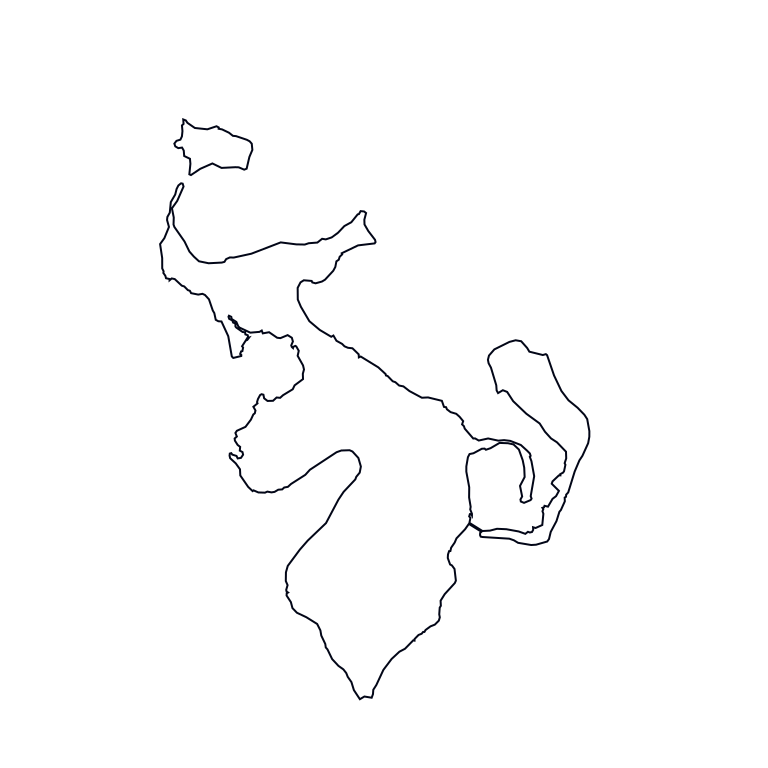 Pangaimotu, Vava'u, Tonga, rotated 167°
{"feature_id": "48082658B58897341989636", "entity_name": "Pangaimotu", "entity_type": "district", "adm_level": 2, "iso_a3": "TON", "parent_name": "Tonga", "parent_adm1": "Vava'u", "projection": "albers", "projection_center": [-174.001, -18.686], "detail": "fine", "context": "isolated", "style": "outline", "palette": "ink", "viewbox_px": 768, "rotation_deg": 167, "n_neighbors": 0, "source": "geoboundaries", "source_scale": "gbopen_adm2", "svg_char_len": 6160}
<svg xmlns="http://www.w3.org/2000/svg" viewBox="0 0 768 768"><g transform="rotate(167 384 384)"><path d="M265.8,348.6L262.0,338.2L252.0,323.0L241.2,310.5L237.9,301.3L233.5,293.4L228.6,288.3L221.9,277.1L223.2,270.5L225.8,266.2L225.4,264.5L228.2,258.5L229.4,257.4L232.6,256.5L232.7,255.3L234.2,255.6L241.7,251.2L243.0,249.1L237.6,240.5L241.6,236.0L245.6,234.2L251.8,227.6L255.0,229.2L255.9,227.8L257.5,227.7L257.0,226.1L258.2,224.4L257.9,221.7L261.5,211.0L268.7,209.6L271.0,210.9L271.4,208.4L273.1,206.5L275.3,206.5L277.0,207.6L280.0,206.2L285.9,210.0L297.5,215.0L306.5,217.5L313.7,217.3L321.1,218.6L332.0,229.5L329.9,234.2L330.8,235.8L329.6,237.9L328.4,237.7L327.9,236.1L327.5,237.7L328.2,242.4L327.2,244.8L326.6,254.3L324.2,264.2L323.5,280.1L322.3,285.2L318.7,293.8L316.4,296.5L312.4,296.4L303.2,298.9L300.5,298.4L299.5,297.0L294.6,297.5L284.7,300.6L276.5,298.4L271.4,296.0L267.3,289.8L266.0,278.5L266.2,270.9L267.9,261.7L274.4,254.1L274.7,243.3L277.0,240.8L277.1,238.7L274.3,236.7L267.3,237.9L266.0,239.1L266.3,241.7L258.4,260.4L257.7,275.6L258.3,280.3L257.3,281.0L257.5,283.5L259.6,286.9L264.4,293.8L273.8,300.2L279.6,302.3L285.4,303.1L294.8,307.5L304.4,307.6L307.5,310.5L309.3,310.8L315.4,322.4L315.6,324.9L317.0,327.1L315.2,330.0L317.7,335.0L320.3,338.7L325.4,341.6L328.4,345.2L328.7,347.4L330.7,348.2L331.4,354.6L344.1,361.0L350.2,362.1L360.8,371.4L365.6,377.3L369.6,379.1L372.5,383.2L374.9,384.7L378.7,391.0L380.2,391.9L380.2,393.3L385.8,401.5L400.5,416.0L402.5,415.6L402.0,418.6L406.7,425.9L411.0,427.4L414.0,429.6L415.8,432.5L420.6,436.8L422.4,442.6L424.8,441.9L434.4,451.1L442.6,462.0L447.6,477.9L449.0,485.7L446.5,497.1L442.5,501.8L438.8,503.1L431.3,500.7L431.0,499.1L428.0,497.5L421.4,497.8L418.0,498.9L408.0,505.7L405.1,509.0L402.8,514.2L400.1,515.3L398.6,517.9L395.6,519.7L395.8,520.9L378.1,524.9L361.5,523.1L360.3,524.2L360.3,526.5L364.9,536.6L367.1,543.8L366.2,548.5L363.0,554.6L364.6,556.6L367.9,557.7L370.2,555.2L371.5,555.2L379.4,549.0L387.1,546.8L394.8,541.7L402.0,538.6L408.2,538.0L411.6,539.4L417.1,536.8L425.7,538.1L429.8,537.7L438.1,539.8L452.8,545.2L483.9,540.8L502.0,541.0L505.7,542.0L509.7,541.2L512.0,538.9L514.7,538.8L527.7,541.1L536.7,545.2L540.6,550.9L543.8,556.8L546.3,567.7L552.9,584.1L553.2,586.7L551.4,593.5L551.1,602.9L544.3,608.9L534.9,621.5L535.1,624.5L536.6,625.2L539.7,623.7L542.2,620.7L544.8,615.6L550.8,609.2L554.2,599.1L557.5,595.5L558.5,592.6L558.2,585.4L565.2,575.5L570.7,570.7L571.8,556.6L574.1,546.5L573.4,543.4L574.0,541.8L572.7,538.6L572.6,536.1L569.3,534.5L569.6,533.3L567.1,534.6L564.3,533.3L558.9,525.3L556.7,524.0L554.0,519.6L552.2,518.5L551.5,515.9L544.9,512.9L540.6,512.7L538.4,511.0L535.5,505.9L534.3,494.1L533.4,491.3L533.5,484.4L531.3,482.4L528.3,481.5L525.0,465.6L526.1,445.1L525.0,443.3L516.8,443.4L516.5,444.4L517.4,445.6L515.9,447.9L514.6,447.9L513.1,451.2L513.8,452.7L509.0,457.4L507.3,457.7L505.0,459.6L506.9,459.5L505.8,460.6L505.8,462.2L507.9,463.5L507.7,465.6L510.1,466.5L515.3,472.3L515.8,473.4L515.2,476.4L517.2,477.8L517.5,480.1L520.2,482.3L520.4,484.5L519.7,485.4L517.7,483.8L517.8,481.6L513.9,477.7L513.0,472.9L512.0,471.4L502.7,464.1L493.6,462.8L491.1,463.6L490.7,460.6L484.3,460.3L477.7,453.1L474.6,452.0L466.9,453.3L463.4,449.8L463.2,445.9L465.7,442.5L465.5,440.8L464.6,439.5L464.1,440.6L461.9,441.1L461.0,440.3L459.6,435.5L461.8,430.9L458.7,420.3L458.7,416.1L460.8,412.2L461.8,407.0L471.4,402.8L474.1,399.4L484.9,395.8L488.3,393.9L491.7,395.0L495.9,392.6L501.3,393.7L504.0,397.0L503.9,400.7L505.6,401.6L507.2,401.1L510.2,397.7L511.8,394.9L511.6,393.6L516.4,391.2L515.2,387.1L516.5,384.5L518.2,383.7L521.7,379.2L528.6,373.4L537.9,371.5L539.8,369.7L539.2,365.9L541.8,364.5L542.0,362.3L540.3,357.5L538.3,355.1L539.5,351.5L537.2,349.5L537.2,346.8L540.0,344.2L543.3,344.4L543.9,347.1L547.7,349.3L548.4,351.0L549.9,350.9L550.6,348.9L550.6,346.3L546.3,340.0L543.5,333.3L544.6,327.2L539.5,314.3L536.1,309.2L535.0,309.7L530.8,306.6L524.4,304.9L521.9,305.4L518.0,303.7L514.9,303.5L510.8,304.8L506.9,304.2L504.5,305.6L500.8,305.4L497.1,307.5L481.1,313.2L475.5,317.1L445.6,328.2L440.5,328.8L432.4,327.2L429.9,325.3L425.6,317.7L425.1,308.8L427.6,303.1L431.9,299.8L433.4,297.5L447.6,288.0L454.4,281.6L471.8,261.5L493.5,248.6L503.2,241.6L518.7,228.4L521.9,222.6L524.0,214.1L523.2,209.7L525.6,205.4L525.6,203.7L524.4,202.4L525.9,201.9L526.5,199.8L523.8,192.4L523.6,186.2L520.3,180.7L512.1,174.2L503.1,165.2L501.4,158.2L501.7,153.0L499.7,143.9L500.0,140.4L498.8,138.2L496.4,127.6L491.8,119.6L487.8,115.1L485.8,110.8L485.2,106.8L482.8,100.9L482.2,92.5L478.4,82.3L473.4,83.9L466.6,81.1L464.5,84.3L463.2,88.5L459.2,92.4L448.9,105.6L438.4,114.4L429.2,119.7L423.1,121.3L413.1,127.7L412.0,127.1L411.5,128.7L406.8,131.7L403.5,132.2L401.7,133.6L400.4,133.3L398.8,135.0L393.2,137.4L388.6,138.1L383.8,141.1L382.1,144.1L382.0,147.1L380.0,153.6L378.5,155.1L377.6,160.1L372.1,165.6L359.8,174.1L358.2,176.2L356.9,187.9L358.6,191.9L360.2,193.3L361.0,200.1L360.0,203.5L358.2,206.5L356.9,206.3L355.4,209.4L350.8,213.6L348.1,217.3L337.7,224.2L332.8,228.6L322.3,218.1L323.8,217.3L324.4,215.2L324.1,213.5L322.6,212.8L296.7,205.1L292.6,202.5L289.1,199.1L276.8,194.0L272.0,193.2L260.4,193.8L258.1,195.8L254.8,202.4L246.8,211.6L241.8,220.1L240.0,221.4L234.2,229.0L233.5,232.7L232.0,233.2L231.4,235.2L228.9,236.9L217.9,255.8L210.8,265.6L206.8,269.4L198.4,280.4L195.8,286.4L194.5,291.9L193.9,304.1L195.7,309.0L200.7,317.3L207.9,326.6L212.7,337.3L216.4,354.1L218.6,375.4L219.6,376.7L222.7,376.5L235.1,382.8L236.4,386.9L240.7,394.8L245.9,397.0L252.3,396.8L268.7,392.9L275.3,388.1L277.3,384.2L277.4,380.6L276.1,375.9L274.9,357.5L275.7,352.4L274.9,349.5L269.6,351.2L265.8,348.6ZM525.1,631.0L514.6,635.0L501.6,637.5L493.7,631.1L480.2,628.7L476.8,627.8L472.0,624.3L469.4,624.7L464.1,635.5L459.6,641.7L458.8,647.9L460.3,650.7L462.7,652.8L472.4,658.8L475.4,659.8L478.5,663.7L484.5,668.5L487.7,669.9L487.3,671.1L489.2,672.8L498.8,671.9L510.7,676.0L516.8,682.7L517.8,685.4L520.1,686.9L520.8,682.5L522.7,681.4L523.5,675.7L525.2,670.7L527.4,667.9L531.5,667.6L534.2,665.4L533.9,662.5L531.4,660.1L527.6,659.8L526.6,656.5L527.4,651.1L522.4,647.1L523.1,642.1L526.5,632.1L525.1,631.0Z" fill="none" stroke="#020617" stroke-width="2"/></g></svg>